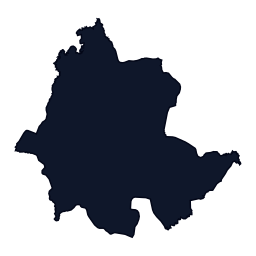 the district of Mueang Sakon Nakhon, Sakon Nakhon, Thailand
{"feature_id": "78962969B18932454885431", "entity_name": "Mueang Sakon Nakhon", "entity_type": "district", "adm_level": 2, "iso_a3": "THA", "parent_name": "Thailand", "parent_adm1": "Sakon Nakhon", "projection": "mercator", "projection_center": [104.081, 17.195], "detail": "fine", "context": "isolated", "style": "filled", "palette": "ink", "viewbox_px": 256, "rotation_deg": 0, "n_neighbors": 0, "source": "geoboundaries", "source_scale": "gbopen_adm2", "svg_char_len": 5656}
<svg xmlns="http://www.w3.org/2000/svg" viewBox="0 0 256 256"><path d="M239.7,164.6L240.6,163.8L240.6,163.3L240.1,162.1L238.7,161.3L239.1,160.2L239.0,159.4L238.2,158.9L238.3,156.8L239.0,155.8L237.9,154.6L237.7,153.6L237.1,153.4L236.7,153.8L236.4,153.4L236.5,152.7L236.0,151.7L235.2,151.7L234.8,152.1L234.2,151.8L233.2,151.8L232.5,151.1L231.8,152.6L232.0,153.2L231.2,153.2L230.9,154.4L229.3,154.1L228.5,153.6L228.2,154.1L227.1,154.4L226.7,153.6L226.0,153.6L225.7,154.0L226.2,154.8L225.9,155.4L224.8,154.3L224.3,155.0L223.8,155.0L223.4,154.6L223.0,155.2L220.9,155.9L219.6,155.1L219.0,153.9L218.3,153.5L217.0,151.8L213.4,151.7L210.7,152.6L206.1,153.1L204.1,155.1L203.6,156.4L200.7,157.7L198.2,156.6L197.6,156.0L196.5,153.4L195.7,149.5L195.0,148.3L188.6,144.0L185.2,142.0L175.3,137.6L172.7,137.0L165.9,136.7L165.8,135.1L164.5,134.1L164.6,132.5L163.8,131.7L164.1,130.6L163.8,130.3L167.3,112.4L169.4,107.3L175.1,105.6L175.6,105.1L175.3,103.9L176.0,102.4L176.1,99.3L176.7,96.1L179.2,92.8L180.2,89.3L180.4,86.9L179.6,84.2L174.7,79.3L173.4,78.8L171.8,77.4L168.5,73.3L166.0,72.7L163.3,73.0L161.7,70.0L161.4,67.1L161.0,66.1L160.4,65.7L161.4,64.4L161.1,62.4L161.7,60.1L159.5,59.4L158.0,58.2L156.3,59.0L152.9,59.2L146.6,58.2L144.5,58.3L143.5,58.8L141.9,58.7L140.1,59.6L137.1,60.6L133.2,61.2L128.9,60.8L124.4,62.5L122.6,62.8L120.1,62.5L118.8,61.6L118.1,60.5L117.6,59.1L115.7,51.4L114.8,49.3L112.7,47.1L112.8,46.1L111.6,42.2L108.8,40.3L108.6,39.8L108.9,39.6L108.8,38.8L108.2,38.8L107.3,38.1L107.5,37.5L107.0,37.6L106.3,37.1L105.8,37.3L105.6,36.5L104.7,36.1L105.1,34.8L103.7,32.0L104.2,30.9L103.4,29.5L103.6,29.1L101.9,26.5L101.8,25.4L102.5,25.1L102.4,24.5L100.1,23.1L99.6,20.0L98.9,18.8L98.0,19.1L97.3,18.9L98.0,20.7L97.8,21.0L96.9,21.2L97.4,22.2L95.6,22.9L96.3,24.7L94.5,26.2L92.9,27.0L92.8,27.6L93.3,28.1L93.3,28.9L90.1,27.0L88.5,27.9L87.3,28.0L86.4,26.8L85.7,27.7L85.1,27.3L84.9,28.3L84.5,28.7L82.6,28.1L82.1,28.2L82.6,29.3L82.2,30.1L80.9,30.0L80.1,30.4L79.9,29.3L79.6,29.3L77.5,31.2L76.6,32.5L76.5,33.2L77.4,34.3L77.6,35.4L81.3,34.5L81.6,38.4L80.0,40.6L80.2,43.2L81.0,43.7L83.3,42.9L84.1,43.1L83.7,45.8L81.7,46.1L81.6,47.4L82.8,47.9L81.5,48.3L79.9,50.3L80.0,52.2L80.9,51.6L81.6,52.2L82.4,51.7L81.7,53.0L80.7,53.6L79.1,53.8L77.3,52.7L76.0,52.9L75.7,51.2L76.2,49.4L76.1,48.8L74.9,47.2L73.4,46.2L72.0,46.3L70.6,47.1L69.5,49.2L67.9,51.0L67.9,51.7L68.4,53.2L68.1,53.3L66.8,52.6L66.5,53.6L66.6,54.6L65.9,54.0L65.6,55.0L65.1,55.0L64.0,53.1L64.5,51.5L63.0,49.8L62.5,49.8L62.6,50.5L60.6,51.0L61.0,52.4L60.1,52.1L59.7,52.4L58.9,54.2L59.5,54.5L59.5,55.3L57.9,56.8L60.1,56.7L60.3,57.1L60.0,57.9L59.4,58.7L58.7,58.0L57.9,58.4L57.4,60.1L57.0,60.1L57.2,60.8L56.8,60.3L56.6,60.6L56.8,61.1L56.3,62.2L55.6,61.9L54.7,63.1L54.1,63.1L53.9,63.4L55.0,64.1L55.3,64.9L56.1,64.9L55.6,65.8L55.5,67.0L56.4,67.3L56.8,68.0L56.2,69.7L57.8,69.7L58.3,71.1L59.2,71.5L59.5,72.0L60.0,71.7L59.8,71.9L60.1,72.1L59.7,72.9L59.9,73.6L59.6,73.6L59.8,75.4L59.4,75.4L59.1,76.3L58.5,76.7L57.7,76.5L58.0,77.2L57.4,77.4L57.4,78.1L57.0,78.0L56.2,78.8L55.5,78.8L55.0,79.4L55.6,80.3L54.6,81.2L55.2,82.5L54.6,82.7L52.4,85.7L52.6,86.6L52.2,87.9L52.2,89.9L53.0,92.6L52.1,93.7L52.6,94.1L52.5,94.8L51.1,97.1L50.8,98.7L50.2,99.2L49.8,99.1L49.7,100.0L49.4,100.1L49.5,101.3L48.0,103.4L48.0,104.2L46.3,107.7L46.3,110.1L47.3,114.1L46.2,119.1L45.0,120.6L42.5,122.2L41.1,124.5L39.3,126.4L36.4,133.9L27.9,130.6L26.7,130.5L25.7,131.0L23.9,133.2L19.1,141.4L16.8,143.8L17.0,145.4L15.4,147.1L16.2,147.7L16.3,149.1L15.8,149.4L15.5,150.6L16.6,150.3L17.2,151.1L18.6,151.0L20.0,152.1L20.9,151.7L21.8,152.0L23.5,151.7L24.7,151.9L25.3,152.4L26.4,151.9L27.3,152.7L27.8,152.3L28.4,152.8L29.7,152.5L30.7,153.2L32.3,153.2L36.5,154.9L37.2,155.8L38.8,160.3L44.3,164.4L45.0,167.4L42.2,170.6L42.1,173.0L42.9,174.0L45.9,174.9L49.2,179.0L52.2,187.6L52.2,188.5L49.4,191.2L48.9,193.6L49.8,196.5L49.5,198.3L49.7,199.2L50.3,199.9L52.1,200.3L53.1,201.9L54.3,202.7L55.2,203.9L55.2,205.9L54.7,206.0L54.7,206.4L55.4,207.0L55.7,208.3L55.3,208.4L55.6,209.2L55.1,209.8L55.6,210.8L55.5,212.7L54.7,213.5L55.3,214.9L55.9,215.5L56.1,216.9L55.5,217.2L55.3,218.0L54.4,219.0L55.5,220.3L56.4,220.7L58.2,220.3L59.1,218.2L58.9,216.9L59.5,215.6L59.3,213.9L61.6,212.0L63.7,211.3L64.8,211.3L66.2,210.6L67.3,210.9L71.1,209.9L73.9,207.5L75.6,205.2L77.1,204.6L79.6,204.6L80.3,205.1L80.8,206.3L81.7,207.1L85.6,208.0L86.8,209.9L87.9,214.8L89.0,216.8L94.6,224.8L97.7,227.5L99.4,228.2L103.6,228.2L104.6,228.9L106.0,230.6L107.8,231.7L110.2,233.9L111.0,234.0L114.3,232.6L115.8,232.7L124.9,234.2L132.2,237.2L133.8,234.4L134.8,226.8L137.0,223.8L138.7,219.3L139.2,216.4L138.6,212.7L137.3,210.8L135.6,209.9L131.5,209.5L130.4,208.8L130.8,201.5L131.5,199.4L133.3,197.5L135.0,197.0L145.9,197.6L150.4,199.1L152.7,209.8L153.9,212.8L156.8,216.7L161.1,221.2L164.4,225.9L165.4,228.4L165.7,228.6L166.1,227.5L167.0,227.3L167.1,229.2L168.1,229.7L169.4,228.2L170.9,227.8L170.0,226.1L170.6,225.2L171.4,224.9L174.0,225.6L174.5,225.1L175.2,223.0L175.6,222.9L176.1,223.6L176.6,223.7L177.7,223.1L177.6,220.9L178.1,219.6L178.7,219.0L179.6,219.6L180.3,219.4L180.8,217.2L183.4,218.7L185.4,218.7L187.1,217.4L187.3,216.2L188.6,216.6L189.2,216.4L189.2,214.9L189.6,214.5L191.8,214.5L191.8,212.7L191.4,212.0L191.8,210.5L190.8,209.2L190.4,207.9L190.2,200.5L198.8,198.6L200.9,199.1L201.3,198.5L202.8,198.5L204.1,197.2L203.1,195.9L204.3,195.7L205.3,193.4L206.8,191.7L207.7,191.9L208.5,190.8L209.6,190.3L212.7,190.2L216.8,183.7L219.7,181.5L221.1,181.1L221.4,179.3L225.2,173.7L227.2,170.0L230.8,165.9L232.4,162.4L233.2,161.7L234.6,161.1L234.7,161.4L235.7,161.5L235.8,162.3L236.4,162.9L237.9,162.7L238.3,162.0L238.8,162.8L238.8,163.5L239.6,163.8L239.7,164.6Z" fill="#0f172a" stroke="#020617" stroke-width="1.5"/></svg>